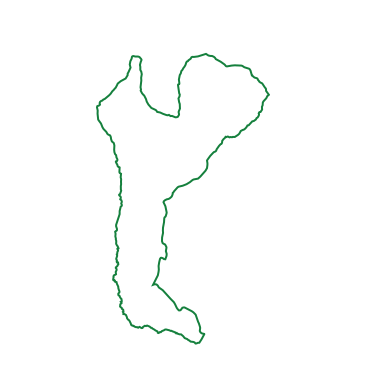 Sevilla de Oro, Azuay, Ecuador (Natural Earth projection), rotated 344°
{"feature_id": "8360857B69749435538117", "entity_name": "Sevilla de Oro", "entity_type": "district", "adm_level": 2, "iso_a3": "ECU", "parent_name": "Ecuador", "parent_adm1": "Azuay", "projection": "natural_earth1", "projection_center": [-78.594, -2.705], "detail": "fine", "context": "isolated", "style": "outline", "palette": "green", "viewbox_px": 384, "rotation_deg": 344, "n_neighbors": 0, "source": "geoboundaries", "source_scale": "gbopen_adm2", "svg_char_len": 5993}
<svg xmlns="http://www.w3.org/2000/svg" viewBox="0 0 384 384"><g transform="rotate(344 192 192)"><path d="M168.8,49.3L167.3,52.3L167.2,55.5L163.7,59.6L162.8,60.4L162.3,62.0L159.5,64.6L154.1,65.8L150.5,67.3L149.5,68.5L147.4,70.7L146.3,71.3L144.9,72.3L143.2,73.2L140.9,75.1L139.0,76.2L133.8,78.5L132.2,78.7L131.0,79.4L129.9,79.4L128.5,80.0L127.7,81.1L127.6,82.7L126.6,83.2L124.6,83.4L124.0,84.4L123.8,87.7L122.8,90.7L121.8,96.4L122.0,97.3L123.4,101.1L123.8,105.1L124.3,107.0L126.2,110.6L126.7,112.8L127.3,113.7L128.9,115.1L129.1,116.8L128.8,118.8L128.9,121.0L129.2,121.8L130.2,123.1L130.3,124.0L130.2,125.9L128.8,130.0L128.4,132.3L128.5,134.3L129.2,135.7L128.9,138.0L129.2,139.3L129.2,140.5L129.0,140.9L128.2,141.7L127.4,141.6L127.1,142.0L127.4,144.2L127.7,144.8L127.7,146.8L128.3,147.8L129.1,148.2L129.2,148.5L127.7,152.8L127.8,153.8L128.8,154.9L127.5,158.2L127.4,160.2L126.6,162.5L126.0,165.0L125.2,166.7L124.3,170.0L124.3,171.2L122.4,174.0L121.4,174.4L121.1,174.7L121.2,175.3L122.0,176.6L122.1,177.3L121.8,178.3L121.3,178.8L121.0,179.3L121.8,180.4L121.9,181.5L121.8,182.2L120.8,183.6L121.0,185.0L120.9,185.4L120.5,186.0L119.4,186.5L117.2,190.4L116.3,193.4L110.0,202.7L109.6,204.0L109.7,206.7L109.4,207.9L108.7,208.5L107.9,208.6L107.2,209.0L107.0,211.2L106.1,213.5L106.0,215.7L105.7,216.6L105.7,218.2L104.8,220.9L105.2,222.9L105.7,223.9L105.5,224.8L105.9,225.8L105.8,226.0L104.6,226.2L104.8,227.8L104.3,228.6L103.7,229.1L103.0,231.0L102.5,231.2L102.5,232.7L100.8,235.2L100.7,236.0L101.0,236.9L100.5,237.9L100.4,238.7L100.5,239.0L101.2,239.0L101.5,239.3L101.2,241.3L100.4,241.8L99.8,242.6L98.0,243.5L97.8,244.1L98.2,245.0L98.1,246.1L96.6,247.9L96.3,250.1L95.6,250.4L94.4,250.4L93.3,251.3L93.2,252.2L92.8,252.8L92.0,254.7L92.4,255.4L93.1,255.3L93.3,255.7L93.5,256.2L93.3,256.9L93.4,257.2L94.6,257.8L94.5,259.4L95.0,262.6L94.7,264.1L94.7,266.5L94.9,267.4L94.5,268.5L93.2,269.3L92.8,270.6L93.0,271.2L93.7,271.8L93.8,273.2L94.3,274.8L94.7,275.4L94.4,277.6L94.2,277.9L93.3,278.0L93.7,279.3L92.1,280.2L91.3,282.3L91.8,283.2L92.5,284.0L92.5,285.1L92.9,285.7L93.4,286.1L93.2,287.9L92.5,288.2L92.8,289.1L92.4,290.4L93.4,290.7L94.6,292.0L94.9,294.2L94.8,295.5L95.3,296.9L96.1,297.9L96.4,298.7L96.9,301.5L96.9,302.9L97.3,303.6L98.3,304.0L98.6,304.7L99.2,304.8L99.7,305.6L101.1,306.6L101.9,306.7L102.8,307.6L103.7,307.3L104.4,307.2L105.4,308.3L106.3,309.0L107.0,309.0L107.8,308.2L109.8,307.6L110.8,308.2L112.0,308.0L114.2,309.7L115.1,311.2L115.9,311.5L116.2,312.2L118.0,314.0L118.7,315.0L120.2,316.3L120.4,316.7L120.3,317.9L120.8,318.3L122.3,318.1L122.7,317.8L123.5,318.1L124.8,317.4L126.9,317.2L128.2,316.8L129.2,317.0L132.3,318.8L133.1,319.6L134.1,319.8L134.8,320.6L136.1,321.4L136.5,322.0L137.2,322.3L137.7,323.3L138.2,323.1L138.5,323.2L138.8,324.1L139.6,324.5L140.6,325.3L142.3,325.9L143.8,328.2L144.7,330.4L146.9,332.1L147.7,333.4L148.4,333.9L149.4,335.4L152.0,336.5L153.0,337.3L153.6,338.6L154.7,338.8L156.0,338.6L157.5,338.9L160.5,336.3L164.6,332.1L164.6,331.8L162.5,330.6L162.1,330.2L161.4,329.0L161.2,327.7L162.4,324.9L162.5,323.8L162.4,320.2L162.1,318.4L161.7,310.9L160.2,308.1L158.9,306.5L153.1,301.0L152.4,300.7L150.9,300.6L148.7,302.3L147.8,302.5L146.8,302.2L146.0,300.8L145.4,299.1L144.8,295.3L144.2,292.9L141.9,288.7L136.8,278.3L133.8,274.6L133.3,272.5L132.4,271.1L130.9,270.4L129.0,270.5L136.2,262.7L137.8,259.6L138.7,257.5L139.5,253.9L141.1,250.5L142.8,247.5L143.8,246.7L144.5,246.8L145.6,247.5L146.6,248.8L147.8,249.3L149.9,246.4L150.6,244.5L150.6,241.6L152.1,238.5L152.2,237.6L151.7,235.1L150.2,233.7L149.7,233.0L149.6,231.0L150.7,227.5L152.9,223.3L153.4,221.0L154.3,218.3L156.8,213.3L158.1,209.6L158.6,208.9L159.9,208.2L161.5,205.8L162.0,204.7L162.5,198.4L161.8,194.0L162.3,193.2L163.7,192.5L165.6,192.1L167.7,192.2L168.9,191.9L170.7,191.1L171.4,190.6L172.6,189.1L173.3,187.5L173.8,187.4L174.9,186.4L179.5,183.5L180.7,183.2L184.8,183.4L188.9,183.0L192.6,182.0L195.9,180.6L197.1,180.4L201.5,180.8L204.2,179.5L210.8,175.3L213.0,173.2L214.3,170.2L214.8,168.5L215.1,165.9L215.7,165.3L219.5,162.3L223.2,160.1L224.0,159.7L225.7,159.5L226.6,159.0L227.4,157.8L230.6,155.2L232.2,154.2L232.8,153.9L233.3,153.9L233.9,153.6L234.5,152.8L235.2,151.1L237.1,149.7L238.2,149.3L239.5,148.2L240.2,148.7L241.3,148.5L241.8,148.6L243.1,149.8L244.2,149.8L245.6,150.4L246.5,150.3L248.3,150.9L251.9,149.8L253.5,149.0L255.7,146.8L257.9,146.3L258.8,146.4L260.5,145.8L262.1,144.8L263.7,143.3L264.5,143.5L265.0,143.4L269.4,140.7L270.9,140.8L273.4,139.9L274.4,138.8L275.7,138.4L277.1,137.1L277.8,136.1L277.8,134.8L278.1,134.6L278.5,134.0L279.0,133.8L279.9,134.0L282.1,132.1L282.7,129.4L283.8,128.1L284.8,125.4L285.9,124.4L289.2,122.4L290.9,120.5L292.5,119.9L292.7,119.7L291.1,115.3L291.5,113.3L291.4,112.7L290.9,111.7L289.5,107.2L289.1,106.6L288.0,105.7L287.0,104.3L287.0,103.9L286.3,102.3L286.2,101.1L285.7,100.5L283.6,99.2L282.2,97.1L282.1,96.5L281.7,96.4L281.7,91.4L281.3,89.9L280.8,89.2L276.7,86.5L275.2,84.7L274.3,84.1L268.0,82.0L264.9,81.4L260.2,80.9L259.5,80.5L259.2,80.1L258.5,78.5L255.5,74.7L251.5,70.8L251.1,69.3L250.2,68.0L248.8,66.8L247.0,66.2L245.4,65.3L243.5,63.1L235.1,63.3L231.1,62.7L229.6,62.2L228.7,62.3L227.3,63.6L224.9,64.4L224.1,65.1L223.0,65.2L222.1,66.0L220.9,67.9L219.4,69.4L218.0,70.4L216.4,72.0L215.1,72.8L213.9,74.9L212.5,76.2L210.4,80.3L209.8,84.1L209.4,84.8L208.5,84.8L208.2,85.0L208.0,85.5L206.9,93.6L207.1,94.9L206.4,96.6L204.8,98.3L204.4,102.2L204.5,104.0L203.4,108.5L201.4,111.0L201.1,111.9L201.0,113.6L200.7,114.3L199.1,115.8L198.0,115.9L196.6,115.6L193.8,113.4L192.3,113.1L191.1,111.5L190.0,111.6L188.8,111.1L185.7,108.9L183.3,106.8L180.6,105.4L180.1,103.7L179.3,102.8L176.1,100.0L174.2,95.9L173.4,92.6L173.4,90.0L172.6,86.0L172.1,85.3L171.2,83.3L170.6,80.4L171.2,79.5L171.4,77.1L174.0,70.9L174.6,68.2L176.2,64.9L176.4,62.3L176.0,60.6L176.1,59.9L176.8,57.5L177.0,55.5L178.6,52.8L179.7,51.4L179.9,51.0L179.8,50.2L178.7,47.8L178.1,47.3L177.2,46.8L174.9,46.2L173.2,45.2L172.5,45.1L171.8,45.3L171.5,45.6L170.7,47.2L168.8,49.3Z" fill="none" stroke="#15803d" stroke-width="2"/></g></svg>